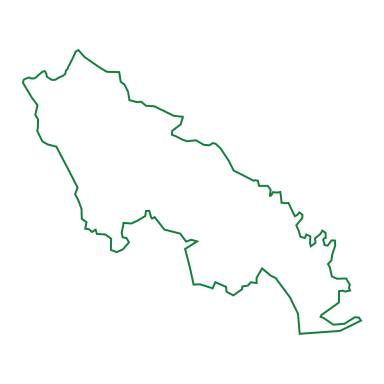 outline of Tranqueras, Rivera, Uruguay
{"feature_id": "84410073B22832940663467", "entity_name": "Tranqueras", "entity_type": "district", "adm_level": 2, "iso_a3": "URY", "parent_name": "Uruguay", "parent_adm1": "Rivera", "projection": "natural_earth1", "projection_center": [-55.729, -31.199], "detail": "fine", "context": "isolated", "style": "outline", "palette": "green", "viewbox_px": 384, "rotation_deg": 0, "n_neighbors": 0, "source": "geoboundaries", "source_scale": "gbopen_adm2", "svg_char_len": 2598}
<svg xmlns="http://www.w3.org/2000/svg" viewBox="0 0 384 384"><path d="M78.5,50.2L76.8,50.8L75.6,51.7L72.8,58.2L68.4,66.7L67.4,69.2L66.0,70.5L65.2,74.0L62.8,75.9L59.5,77.2L55.5,79.7L53.6,79.9L52.0,79.8L51.4,79.7L51.2,79.6L51.0,79.4L49.1,78.2L47.7,77.3L47.0,76.7L46.7,76.4L46.6,75.1L46.5,74.2L46.3,73.9L45.7,72.7L45.2,71.5L45.0,71.3L44.8,71.1L44.4,71.1L43.3,71.5L42.4,71.8L42.1,72.0L41.5,72.6L38.4,75.1L36.8,76.6L35.4,77.8L35.0,78.0L34.4,78.3L34.1,78.4L33.7,78.4L32.5,78.4L31.8,78.4L31.1,78.4L30.6,78.2L29.6,77.8L29.3,77.7L29.0,77.6L28.7,77.6L26.1,78.5L25.5,78.8L25.2,78.9L24.0,79.5L23.8,79.7L23.5,80.3L23.4,80.8L23.3,81.4L23.0,82.9L31.8,97.6L37.5,105.2L35.3,114.9L38.1,119.5L37.8,128.5L37.2,130.9L42.4,141.4L47.8,144.5L56.3,146.6L68.9,170.6L77.6,187.6L75.1,194.2L78.2,200.1L81.5,208.8L81.8,218.8L86.5,222.3L85.3,228.7L88.9,229.2L92.0,232.0L95.6,229.7L96.9,233.9L105.6,234.5L111.1,238.7L110.9,249.9L116.7,252.1L123.0,249.3L129.0,242.3L126.4,238.0L122.7,237.3L121.7,233.0L122.5,228.5L123.2,225.8L123.5,222.9L131.3,223.5L137.4,220.7L145.3,216.0L146.0,211.0L149.3,210.9L151.0,217.1L152.0,218.5L154.7,217.2L164.4,229.6L180.2,233.6L186.1,241.6L191.3,239.8L197.1,241.4L185.1,249.0L190.0,267.9L193.6,284.6L200.1,284.3L212.7,288.3L215.3,282.2L226.1,286.9L226.5,291.7L233.3,295.4L242.1,289.2L242.4,286.4L247.9,285.6L250.7,282.3L256.6,283.0L256.6,277.8L262.1,268.4L270.8,275.7L275.6,278.0L289.9,297.2L298.0,313.8L299.7,333.8L340.0,330.9L361.0,320.6L359.0,317.6L354.8,317.2L344.4,323.8L333.4,324.7L323.6,318.0L320.6,316.8L321.5,315.0L338.9,302.5L339.0,291.2L342.9,290.6L345.0,291.6L350.1,290.5L348.9,287.9L349.8,284.7L346.1,278.5L336.9,278.7L331.8,276.4L329.8,267.2L328.0,264.1L331.5,260.2L332.1,255.1L335.2,245.6L334.9,240.5L331.6,240.4L327.6,245.6L324.5,245.1L324.2,242.7L323.1,239.9L324.0,238.5L325.7,237.9L325.5,232.8L322.4,230.6L320.4,234.0L315.0,238.3L315.5,242.8L310.9,246.3L310.1,243.9L310.3,236.3L306.4,234.5L304.9,238.0L300.5,236.8L298.7,230.7L296.3,225.3L302.3,218.1L302.4,214.7L299.3,212.4L297.4,214.9L294.8,216.2L288.5,203.0L285.1,203.2L281.5,202.7L281.0,196.7L280.3,192.0L276.9,192.6L273.1,192.1L271.2,195.5L269.9,195.7L270.6,189.7L267.7,185.9L259.1,185.9L257.9,180.8L255.3,180.2L253.7,180.8L233.6,170.5L228.6,160.5L220.3,148.1L215.5,143.7L212.7,143.1L209.4,145.3L203.7,144.8L196.1,140.3L187.0,141.2L182.8,139.8L175.6,136.1L172.0,134.8L172.2,130.8L180.6,124.5L182.6,118.2L182.8,116.8L173.7,115.8L154.3,106.3L146.1,105.8L141.2,101.7L137.0,102.2L129.4,100.1L128.1,91.9L124.6,84.7L120.7,81.8L119.2,72.1L106.8,71.8L98.9,67.0L84.5,57.0L78.5,50.2Z" fill="none" stroke="#15803d" stroke-width="2"/></svg>